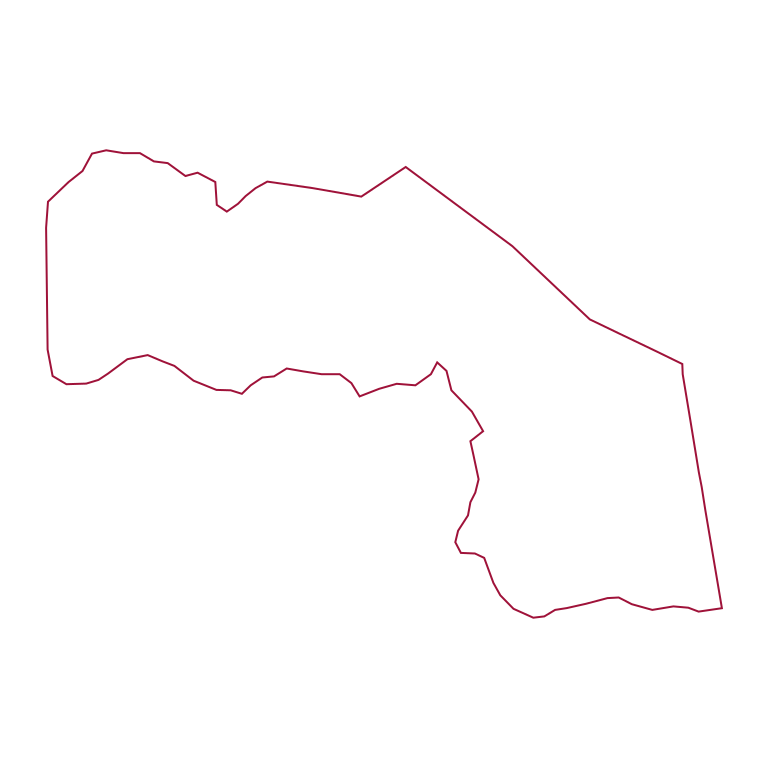 outline of Carpina, Pernambuco, Brazil
{"feature_id": "56859067B99031054776373", "entity_name": "Carpina", "entity_type": "district", "adm_level": 2, "iso_a3": "BRA", "parent_name": "Brazil", "parent_adm1": "Pernambuco", "projection": "orthographic", "projection_center": [-35.313, -7.827], "detail": "fine", "context": "isolated", "style": "outline", "palette": "rose", "viewbox_px": 768, "rotation_deg": 0, "n_neighbors": 0, "source": "geoboundaries", "source_scale": "gbopen_adm2", "svg_char_len": 1232}
<svg xmlns="http://www.w3.org/2000/svg" viewBox="0 0 768 768"><path d="M48.0,201.7L46.1,227.8L47.6,349.6L52.6,376.0L66.4,384.2L86.2,383.6L98.5,379.9L108.0,373.6L127.4,359.2L147.7,355.1L162.7,361.4L174.4,365.9L193.6,380.7L216.4,389.9L230.7,390.3L241.9,393.8L250.7,385.3L262.3,377.5L274.0,376.4L286.7,368.5L303.3,371.4L321.6,374.2L339.7,374.2L351.4,383.1L359.6,396.4L379.2,388.8L396.7,383.8L415.4,385.3L430.9,374.2L437.2,362.4L446.5,370.9L451.4,390.3L471.9,411.6L483.1,431.2L470.4,441.2L473.6,455.8L478.6,479.3L475.3,492.6L470.4,502.2L468.0,515.4L458.1,530.7L455.3,542.2L460.9,552.9L474.9,553.5L484.2,557.9L493.4,582.9L500.3,595.3L513.5,608.8L533.3,617.7L544.3,616.4L555.1,609.9L566.7,608.1L585.9,603.8L607.5,598.1L618.7,597.5L631.8,604.2L652.3,609.9L673.4,606.4L688.3,607.7L698.6,611.6L721.9,608.2L718.7,589.2L705.3,510.0L701.7,487.0L698.9,472.6L690.1,418.8L682.7,374.2L682.3,364.0L657.3,351.8L619.1,333.5L589.8,319.4L512.4,246.2L405.7,167.0L361.3,196.6L312.6,188.1L267.3,181.6L255.6,188.1L245.7,196.0L238.0,203.8L226.8,211.6L216.8,204.9L215.3,182.0L197.6,172.7L185.4,176.0L167.7,163.1L153.9,161.4L139.9,153.1L123.3,153.1L106.2,150.3L92.0,153.6L82.5,171.0L68.5,182.1L48.0,201.7Z" fill="none" stroke="#9f1239" stroke-width="2"/></svg>